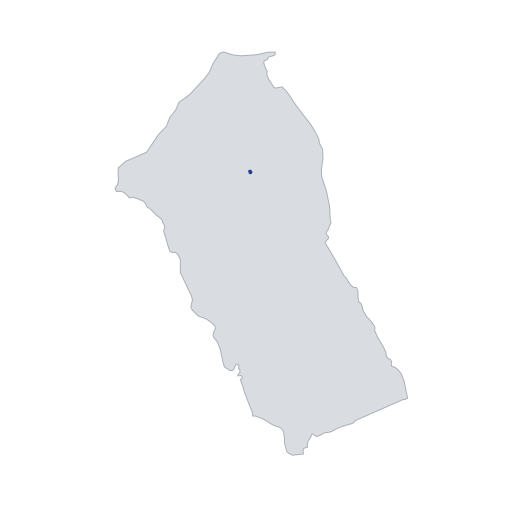 location of Kumasi Metropolitan, Ashanti, Ghana, rotated 157°
{"feature_id": "2480657B53854728613413", "entity_name": "Kumasi Metropolitan", "entity_type": "district", "adm_level": 2, "iso_a3": "GHA", "parent_name": "Ghana", "parent_adm1": "Ashanti", "projection": "equal_earth", "projection_center": [-1.615, 6.69], "detail": "fine", "context": "in_parent", "style": "filled", "palette": "blue", "viewbox_px": 512, "rotation_deg": 157, "n_neighbors": 0, "source": "geoboundaries", "source_scale": "gbopen_adm2", "svg_char_len": 3154}
<svg xmlns="http://www.w3.org/2000/svg" viewBox="0 0 512 512"><g transform="rotate(157 256 256)"><path d="M300.3,58.4L303.3,62.1L304.0,64.3L302.9,72.4L300.7,78.0L299.4,83.3L299.6,86.0L300.9,88.7L305.4,92.8L307.7,95.5L310.5,99.6L313.6,103.7L319.0,108.9L321.3,109.8L321.2,111.3L320.5,113.3L320.0,132.8L319.6,137.8L319.2,140.3L318.7,147.6L318.2,148.7L317.1,148.6L316.2,148.9L316.0,150.3L316.4,151.8L319.6,152.8L318.9,153.9L316.5,154.9L315.4,157.1L315.9,159.6L314.5,161.6L314.9,163.0L315.8,164.0L317.2,163.6L320.9,160.3L322.5,159.9L324.5,160.6L328.1,165.7L328.3,168.2L326.8,176.8L325.4,183.5L325.2,192.3L326.7,197.3L326.5,200.0L324.8,202.3L321.1,205.8L321.4,208.1L323.1,212.4L326.3,217.3L332.5,223.3L335.8,231.1L335.9,234.3L333.9,237.5L331.7,240.2L331.0,244.2L332.1,270.4L327.2,281.8L327.1,285.1L327.6,288.8L328.9,291.1L331.4,291.7L333.5,293.9L332.8,301.9L331.7,310.1L331.5,314.0L330.9,315.9L329.0,317.4L328.3,320.0L328.8,323.2L328.4,325.5L329.5,328.6L331.7,332.3L335.3,341.7L336.7,342.5L337.3,344.5L337.0,346.4L338.3,350.5L342.3,354.7L346.5,358.3L349.9,358.9L350.7,362.1L353.0,366.3L354.6,368.1L357.2,369.2L359.3,369.9L359.4,373.4L355.6,375.8L353.0,379.4L351.1,384.9L348.3,390.9L339.0,394.1L335.4,394.1L316.1,394.3L298.1,406.1L287.7,410.4L281.4,417.1L272.8,421.8L266.8,427.6L254.3,430.4L233.9,439.5L227.5,443.1L221.0,449.4L210.5,456.8L206.4,456.7L198.2,449.8L192.0,446.3L176.8,441.0L165.5,439.0L160.1,436.7L158.6,436.3L159.8,433.8L163.0,433.7L166.3,434.4L168.8,432.5L172.5,432.3L173.5,430.3L173.8,425.3L173.7,421.2L175.0,419.4L175.4,414.7L173.6,404.1L172.3,402.9L165.7,401.4L165.2,399.3L164.0,397.1L162.7,391.7L161.3,383.6L159.0,373.6L154.6,357.1L153.5,351.3L152.8,345.3L152.6,338.2L153.5,335.6L153.4,331.9L153.0,328.3L156.1,319.9L162.3,309.6L163.5,305.9L164.7,303.3L164.8,299.6L165.9,287.6L168.9,273.1L170.7,267.7L172.0,264.7L173.5,259.9L173.9,257.6L179.5,252.0L182.1,250.4L182.7,248.2L181.8,245.8L182.2,244.1L183.5,243.3L185.6,242.6L187.1,240.3L184.7,222.5L182.8,204.7L182.7,203.2L181.6,200.7L180.5,193.4L178.6,189.1L175.9,187.9L175.9,183.8L178.6,177.0L179.3,173.0L178.0,171.8L177.9,168.7L178.8,163.6L178.3,160.5L177.9,157.2L175.1,149.5L174.4,144.0L175.9,140.8L175.8,133.7L174.3,122.9L174.1,116.0L175.1,113.2L174.6,110.5L172.6,107.9L172.5,105.4L174.2,102.9L174.0,101.0L171.8,99.6L169.9,96.3L168.3,91.0L168.6,82.6L171.8,67.0L172.2,65.7L175.8,65.8L175.9,66.4L187.1,66.3L200.0,66.1L215.3,65.9L229.3,65.7L229.9,65.0L232.2,64.2L246.3,65.7L255.2,64.9L258.9,65.5L261.6,66.5L267.7,65.9L271.0,66.3L273.4,70.1L274.4,70.1L275.8,68.5L278.2,66.6L280.7,65.1L282.5,62.1L283.5,59.8L285.2,60.2L287.5,60.1L289.0,58.2L289.6,55.2L300.3,58.4Z" fill="#d9dde1" stroke="#a8b0b8" stroke-width="1"/><path d="M229.2,334.5L228.9,334.1L228.5,334.1L228.0,334.3L227.7,334.4L227.4,334.6L227.3,334.8L227.2,335.1L227.2,335.5L227.2,336.0L227.3,336.2L227.4,336.3L227.5,336.7L227.7,336.9L228.1,337.0L228.4,337.1L228.6,337.2L228.8,337.2L229.1,337.1L229.4,336.9L229.5,336.6L229.5,336.2L229.4,335.9L229.2,335.8L229.1,335.6L229.3,335.2L229.2,335.2L228.9,335.2L228.7,335.2L228.6,334.9L228.7,334.7L228.8,334.7L229.0,334.5L229.2,334.5Z" fill="#3b82f6" stroke="#1e3a8a" stroke-width="1.5"/></g></svg>